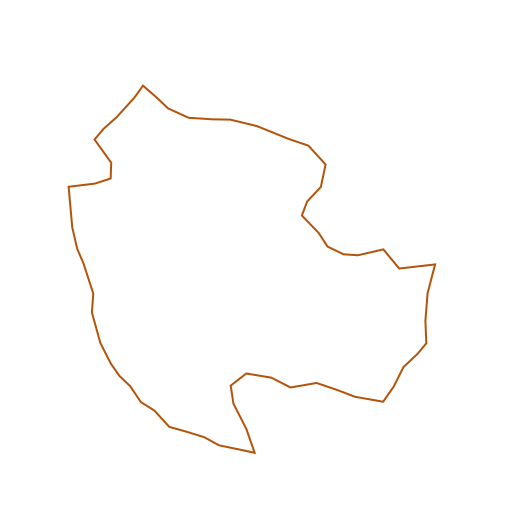 Pyrga Ammochostou, Cyprus (Mercator projection), rotated 167°
{"feature_id": "46923920B31691504288871", "entity_name": "Pyrga Ammochostou", "entity_type": "district", "adm_level": 2, "iso_a3": "CYP", "parent_name": "Cyprus", "parent_adm1": "", "projection": "mercator", "projection_center": [33.722, 35.186], "detail": "fine", "context": "isolated", "style": "outline", "palette": "amber", "viewbox_px": 512, "rotation_deg": 167, "n_neighbors": 0, "source": "geoboundaries", "source_scale": "gbopen_adm2", "svg_char_len": 888}
<svg xmlns="http://www.w3.org/2000/svg" viewBox="0 0 512 512"><g transform="rotate(167 256 256)"><path d="M83.4,207.5L119.3,211.6L130.4,233.8L156.6,233.8L170.4,238.0L184.2,249.1L189.7,264.3L202.2,285.1L193.9,297.6L177.3,308.7L167.6,329.5L180.1,351.7L198.0,362.8L225.6,382.2L250.5,394.7L267.0,398.8L290.5,405.8L308.5,419.6L316.7,432.1L327.8,447.4L338.8,437.7L360.9,422.4L376.1,414.1L387.1,405.8L376.1,379.4L380.2,364.2L396.8,362.8L423.0,365.6L428.6,325.3L428.6,303.1L425.8,287.9L423.0,256.0L428.6,238.0L427.2,206.1L421.7,183.9L416.1,170.0L407.9,157.5L401.0,139.5L389.9,128.4L378.9,109.0L363.7,100.7L347.1,91.0L334.7,79.9L301.6,64.6L304.3,89.6L311.2,117.3L309.8,135.4L291.9,143.7L268.4,134.0L251.9,120.1L225.6,118.7L207.7,107.6L191.1,96.5L164.9,85.4L151.1,97.9L137.3,114.6L120.7,124.3L109.7,132.6L105.5,154.8L97.2,181.1L83.4,207.5Z" fill="none" stroke="#b45309" stroke-width="2"/></g></svg>